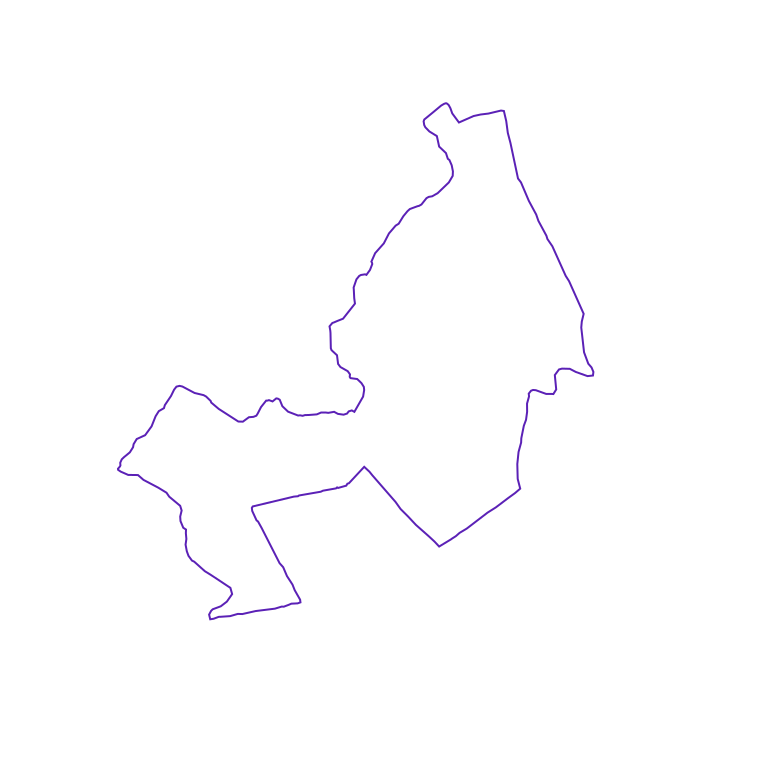 the district of Oratorio, Santa Rosa, Guatemala, rotated 35°
{"feature_id": "79465075B83773112277760", "entity_name": "Oratorio", "entity_type": "district", "adm_level": 2, "iso_a3": "GTM", "parent_name": "Guatemala", "parent_adm1": "Santa Rosa", "projection": "robinson", "projection_center": [-90.174, 14.117], "detail": "fine", "context": "isolated", "style": "outline", "palette": "violet", "viewbox_px": 768, "rotation_deg": 35, "n_neighbors": 0, "source": "geoboundaries", "source_scale": "gbopen_adm2", "svg_char_len": 3474}
<svg xmlns="http://www.w3.org/2000/svg" viewBox="0 0 768 768"><g transform="rotate(35 384 384)"><path d="M214.7,606.0L215.4,606.8L218.5,606.8L226.6,605.2L234.7,599.7L242.0,600.5L258.5,598.4L268.2,597.8L272.7,599.5L286.9,600.7L290.8,603.7L293.1,609.5L295.9,613.0L302.0,616.9L305.3,616.8L307.3,619.9L311.0,624.3L313.6,629.4L318.4,634.1L322.4,636.9L328.0,638.8L330.4,638.4L344.6,640.1L351.7,639.7L375.1,639.1L380.1,643.2L380.1,652.4L377.8,659.7L372.9,666.8L372.5,669.0L373.0,673.2L376.6,676.4L379.1,674.0L382.2,669.5L383.3,668.7L391.1,662.4L396.1,656.2L399.9,653.7L409.1,643.6L423.5,630.6L427.8,625.1L429.7,623.8L432.7,619.4L434.1,617.1L439.1,613.2L440.8,610.8L439.0,608.8L429.1,604.1L424.1,600.8L414.7,597.0L406.5,591.9L401.3,590.7L366.3,572.1L359.7,568.9L357.8,568.8L348.9,563.6L346.8,561.3L346.7,559.6L374.8,527.9L377.9,525.3L378.3,524.1L394.0,508.5L395.2,506.4L404.6,497.0L404.9,495.6L406.0,495.5L411.4,488.9L411.2,486.7L412.2,485.4L415.3,463.2L422.4,464.2L426.9,465.5L461.1,474.0L469.3,476.9L480.1,478.8L490.9,481.1L508.5,483.1L515.7,484.1L522.4,485.5L528.0,472.8L528.4,471.6L530.1,467.5L531.3,462.6L534.7,455.0L542.6,430.0L546.4,420.9L551.1,406.3L553.9,398.2L555.6,391.6L548.0,385.1L546.5,383.1L539.1,373.1L533.2,362.5L529.9,353.3L527.6,349.7L522.5,338.0L520.9,331.9L517.2,324.7L512.4,318.0L509.9,310.9L508.1,308.9L508.3,305.2L509.5,303.4L511.9,302.0L522.6,299.1L526.8,296.1L528.5,295.1L528.2,289.7L518.8,278.7L519.0,271.7L521.0,269.3L527.5,265.0L534.3,264.1L546.2,260.8L550.3,257.2L548.6,254.0L544.5,251.4L539.7,250.2L529.7,243.3L516.3,228.1L513.2,224.6L510.2,219.4L507.3,212.0L476.6,193.6L470.8,191.2L442.9,174.6L434.7,171.5L432.0,169.4L416.9,161.8L411.5,157.9L397.6,150.9L380.6,140.3L375.9,138.8L349.3,114.0L341.4,107.3L333.3,98.5L325.6,91.6L323.0,92.9L314.4,102.6L308.6,107.8L303.7,113.1L295.4,126.8L284.7,123.2L280.2,120.0L277.0,118.4L275.4,118.2L274.3,118.2L273.5,118.7L272.5,120.1L271.1,123.2L268.5,132.8L265.3,144.2L265.8,146.1L268.4,148.8L270.6,150.0L276.3,151.1L285.1,150.6L293.0,157.9L302.3,159.3L307.1,162.9L309.1,163.0L314.0,166.0L318.5,170.3L320.9,174.1L321.5,181.7L318.5,196.9L315.8,202.6L313.3,205.1L312.2,207.4L311.7,215.5L310.5,218.0L309.5,219.1L306.3,223.7L304.8,225.9L304.1,229.0L303.6,235.5L304.1,244.3L302.7,247.6L301.7,257.8L303.2,268.9L301.7,281.9L303.5,291.0L304.7,291.6L305.6,292.5L307.1,298.6L307.0,304.7L305.6,305.0L302.6,307.9L301.7,309.7L301.4,314.1L303.8,322.4L305.2,324.1L310.4,330.8L314.1,334.8L313.0,354.0L309.7,359.0L307.6,362.4L306.7,363.6L306.3,368.0L309.4,371.1L310.9,372.9L320.0,385.3L321.7,386.4L329.0,387.4L334.9,393.9L338.6,395.1L346.9,394.3L350.6,395.6L351.8,397.8L353.2,398.4L359.2,395.3L365.0,396.2L369.1,397.9L371.2,400.3L374.1,406.3L375.7,423.8L372.8,424.1L371.7,425.5L370.8,426.7L370.7,429.4L368.5,432.3L363.4,434.9L359.1,435.4L354.9,439.6L352.8,440.7L348.8,443.5L346.4,447.4L340.2,452.5L337.1,454.8L335.6,456.7L333.2,457.8L331.7,459.1L321.3,461.7L313.5,460.5L307.6,456.7L305.4,456.9L304.0,457.6L302.7,462.2L299.0,463.2L298.2,464.3L297.0,465.2L296.5,473.4L297.5,480.7L297.6,483.2L295.9,485.8L292.4,488.7L290.0,495.8L286.2,498.3L262.9,499.2L253.1,498.3L251.7,497.3L245.5,496.3L242.6,496.6L234.0,500.0L220.3,501.7L217.6,502.8L215.5,505.2L215.3,509.0L216.4,516.0L216.6,527.0L217.6,530.0L215.1,535.4L215.4,541.4L217.9,552.0L217.7,562.9L213.0,570.9L213.4,576.9L214.7,579.7L215.0,585.8L213.0,593.0L212.4,596.1L213.1,599.8L213.9,600.8L214.8,601.9L215.0,603.0L214.7,606.0Z" fill="none" stroke="#5b21b6" stroke-width="2"/></g></svg>